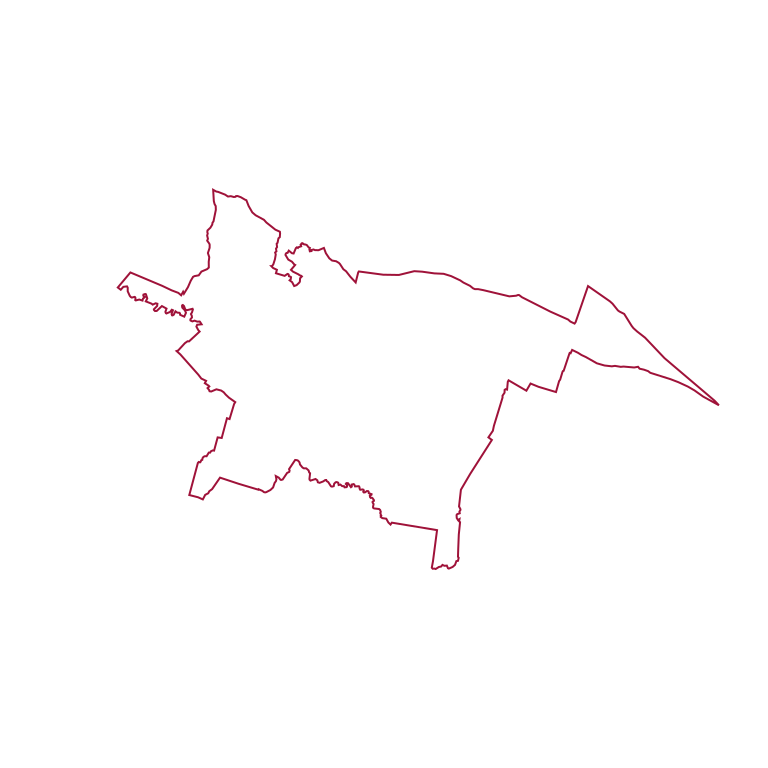 Scheia, Iasi, Romania (Mercator projection), rotated 312°
{"feature_id": "2599482B98020878229832", "entity_name": "Scheia", "entity_type": "district", "adm_level": 2, "iso_a3": "ROU", "parent_name": "Romania", "parent_adm1": "Iasi", "projection": "mercator", "projection_center": [27.497, 46.938], "detail": "fine", "context": "isolated", "style": "outline", "palette": "rose", "viewbox_px": 768, "rotation_deg": 312, "n_neighbors": 0, "source": "geoboundaries", "source_scale": "gbopen_adm2", "svg_char_len": 6166}
<svg xmlns="http://www.w3.org/2000/svg" viewBox="0 0 768 768"><g transform="rotate(312 384 384)"><path d="M290.2,555.7L293.9,557.4L297.1,557.8L300.8,556.3L302.1,557.3L304.8,555.8L305.1,554.6L311.6,549.1L322.2,540.3L332.2,533.0L332.2,531.7L334.1,530.5L332.4,530.0L333.1,527.7L335.2,525.6L336.3,525.5L338.6,526.8L339.7,525.4L341.5,525.1L342.1,524.6L343.2,521.7L356.9,511.9L374.9,508.2L414.6,501.6L414.2,497.3L422.1,496.2L426.4,493.7L453.2,481.2L454.6,479.9L458.2,479.4L460.3,477.6L461.5,477.8L462.2,479.2L468.5,474.5L470.1,474.1L474.3,494.3L482.4,492.6L485.3,500.7L493.1,517.2L503.3,512.2L505.1,512.0L512.3,508.6L513.3,508.3L514.0,508.7L530.5,501.5L531.3,501.2L531.7,502.1L535.2,501.0L537.0,507.3L537.7,511.4L539.1,516.0L541.8,528.3L545.3,535.5L549.6,541.5L552.0,543.5L555.2,548.5L557.2,550.3L563.7,558.9L566.8,561.3L566.4,563.7L568.6,567.6L570.3,571.7L570.5,574.4L579.3,593.7L582.3,601.5L585.4,611.5L587.0,619.1L588.2,629.6L592.3,647.1L592.8,640.9L590.9,575.3L593.1,547.1L592.4,537.1L592.4,532.0L592.9,529.2L596.8,515.6L595.4,510.5L595.2,508.6L596.6,500.1L596.6,496.6L593.3,470.1L558.2,485.0L556.4,485.2L555.1,480.7L555.1,477.7L549.1,459.2L540.8,428.5L540.5,425.0L539.9,424.1L538.0,423.1L533.0,418.5L520.2,395.0L517.5,390.5L515.3,388.0L514.7,386.2L514.5,382.2L512.5,375.1L512.0,371.3L509.1,361.7L505.8,354.6L499.9,347.4L493.0,337.2L488.1,331.0L475.0,322.1L464.7,310.3L450.8,290.0L449.6,290.2L440.5,295.0L441.2,287.2L442.4,280.4L442.1,277.0L443.7,271.0L443.8,269.4L443.2,266.3L441.0,262.8L440.8,259.2L442.3,253.3L444.9,248.3L439.6,245.8L437.3,243.1L436.8,241.6L434.9,240.3L434.2,241.1L433.0,240.1L434.2,238.4L435.5,237.9L435.1,236.5L435.6,233.6L435.1,232.3L434.2,231.1L434.3,230.2L433.9,228.9L433.0,228.7L432.6,229.2L431.7,228.9L430.9,230.3L428.4,228.9L427.5,229.0L427.3,227.8L426.0,227.6L420.5,229.5L419.6,228.1L419.4,224.0L416.9,224.6L416.2,223.9L415.2,223.8L414.0,224.4L412.4,229.6L413.3,233.8L412.8,237.4L413.0,238.3L406.6,238.5L406.6,241.2L408.3,247.3L408.3,248.4L409.0,250.1L409.0,251.0L406.4,250.9L403.9,252.9L402.9,253.2L399.0,252.9L396.7,251.7L398.2,247.6L397.9,244.5L399.4,244.6L401.2,243.4L401.2,242.8L400.5,241.2L401.5,240.0L401.6,239.4L401.2,238.6L397.9,237.8L394.0,229.6L397.2,228.0L396.0,223.9L396.2,221.4L396.7,221.9L398.8,221.7L403.7,219.5L407.8,216.9L408.9,215.1L410.6,215.3L412.3,213.2L414.2,212.9L416.4,210.4L417.7,210.4L421.6,208.1L423.4,208.3L426.4,206.0L427.5,204.7L426.0,200.0L425.3,188.5L425.7,185.0L423.5,175.7L423.4,171.3L425.7,164.3L428.5,158.7L428.0,157.5L427.0,152.6L425.7,149.4L424.7,148.3L423.8,148.4L422.5,147.3L421.1,144.5L418.9,142.6L418.4,139.2L415.8,132.2L414.8,130.6L414.0,127.1L406.1,135.1L404.4,137.6L403.6,139.9L400.9,142.5L390.7,148.5L389.2,148.6L387.5,149.7L384.0,150.4L380.0,150.1L378.7,151.0L377.9,152.3L376.0,153.2L374.1,156.0L372.2,156.7L371.4,160.3L370.8,161.3L368.5,163.3L363.5,165.5L361.3,169.3L357.5,172.0L353.3,175.9L351.0,175.7L345.4,173.1L340.8,173.6L337.4,171.0L335.9,170.4L331.4,171.3L324.8,173.5L317.2,174.9L318.1,173.0L314.2,173.9L314.1,170.2L311.5,163.5L308.5,153.4L297.2,120.9L277.6,121.6L277.9,125.3L281.8,125.3L284.6,127.7L284.1,129.1L281.4,131.5L279.4,136.1L279.2,137.6L279.5,138.8L281.8,140.3L282.0,140.9L281.6,141.8L279.9,143.0L280.0,143.6L283.0,145.6L284.4,148.7L286.3,147.7L288.3,148.2L288.7,147.7L288.4,146.6L288.7,145.9L289.5,145.4L291.1,146.3L291.4,147.0L289.2,150.8L286.0,151.7L288.2,157.6L288.2,159.0L291.2,160.3L292.0,161.9L290.2,163.2L285.5,163.0L285.1,163.5L285.0,165.0L286.2,166.2L293.3,166.8L294.5,171.9L291.3,173.3L290.7,174.5L290.8,175.1L294.4,176.8L297.2,176.6L297.6,177.8L293.9,179.3L293.2,180.5L293.5,181.0L294.7,181.4L298.5,180.4L298.7,182.6L300.1,184.4L299.9,185.2L299.0,186.2L300.4,190.5L304.4,189.2L305.5,186.8L305.8,183.0L306.9,181.6L307.7,181.4L308.1,181.6L308.1,183.2L306.6,186.1L306.5,187.3L307.2,188.3L311.8,191.4L311.5,192.1L308.7,193.4L306.8,193.7L306.1,195.5L304.9,196.8L302.8,196.8L301.9,197.3L301.7,197.8L302.3,199.7L304.3,200.8L305.4,203.5L307.1,205.2L307.1,205.6L306.3,208.5L303.0,205.5L301.1,206.2L299.8,209.9L299.6,211.9L285.2,210.6L284.3,209.4L281.1,208.7L271.3,208.6L269.7,207.8L269.7,212.9L266.7,239.7L265.8,244.6L267.3,249.7L264.7,250.3L265.4,254.7L265.3,255.8L262.9,255.6L262.6,257.8L261.9,259.2L262.8,260.6L267.9,263.0L270.2,267.4L270.6,270.4L270.2,273.4L270.1,278.0L271.0,285.6L268.8,286.0L254.6,292.7L253.5,290.2L235.3,299.5L233.0,296.1L220.8,302.3L220.1,301.2L218.2,300.4L216.7,300.7L215.8,299.7L211.6,300.5L210.5,299.2L209.1,298.6L207.4,298.8L206.0,299.7L205.2,299.2L203.2,299.8L202.6,299.7L202.1,298.5L200.8,298.5L171.2,313.6L175.4,321.6L177.0,326.6L182.0,325.3L185.2,326.5L187.4,325.9L190.9,326.6L204.7,324.8L212.5,342.6L221.4,361.4L221.9,361.2L223.2,365.2L223.3,367.1L223.9,368.2L224.9,368.9L229.2,370.5L232.9,370.8L237.3,368.9L239.5,368.7L241.2,367.8L243.2,365.2L244.0,368.5L243.6,371.0L243.8,371.7L245.2,372.6L253.1,371.5L255.3,372.4L256.6,371.7L257.2,370.4L268.1,368.8L269.1,370.2L269.5,371.2L269.4,372.7L269.2,373.7L268.0,375.4L267.4,379.1L267.6,380.7L269.3,382.7L269.3,385.8L268.2,387.6L268.2,388.8L263.7,392.0L263.1,392.7L263.0,394.0L267.6,396.7L267.8,398.9L266.7,400.6L267.5,402.3L270.9,404.0L273.3,404.6L274.0,405.3L273.5,406.4L273.8,408.2L272.5,413.0L272.9,414.0L274.4,415.0L276.6,413.7L278.6,413.8L279.5,414.5L280.0,416.0L278.6,417.9L280.1,418.9L280.1,421.2L281.3,422.6L280.8,423.8L282.2,425.1L282.9,425.2L284.0,424.3L284.2,422.5L285.2,422.4L286.2,423.6L285.2,428.5L286.2,428.7L287.7,427.3L289.3,428.4L289.4,429.2L288.5,431.0L291.2,433.7L290.9,434.9L289.9,435.9L289.5,437.1L291.3,438.6L291.7,439.5L291.3,440.3L290.0,440.7L289.9,441.6L290.8,442.4L293.0,442.9L293.8,444.0L293.7,444.6L292.7,445.7L293.8,448.5L293.3,448.8L291.6,448.1L290.6,449.3L290.5,450.4L291.3,450.9L291.5,451.8L291.0,454.1L290.5,454.7L288.9,454.3L288.3,454.8L287.8,456.6L285.1,458.2L284.7,459.0L284.9,459.9L287.8,464.0L287.8,465.4L286.8,467.2L285.6,467.5L285.0,468.9L284.0,469.6L284.2,470.1L283.0,470.6L283.2,472.5L285.4,475.8L284.0,479.9L283.9,482.9L286.2,482.6L310.9,521.2L284.9,539.1L279.5,542.4L279.3,543.8L280.5,544.9L281.1,546.2L284.7,547.2L286.6,548.6L288.7,548.5L289.3,550.5L291.1,552.2L289.9,554.8L290.2,555.7Z" fill="none" stroke="#9f1239" stroke-width="2"/></g></svg>